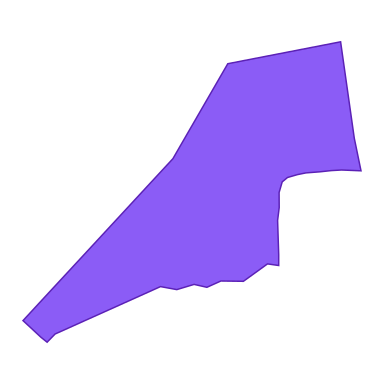 the district of Al-Arbiin, As Suways, Egypt
{"feature_id": "37247803B66278795403604", "entity_name": "Al-Arbiin", "entity_type": "district", "adm_level": 2, "iso_a3": "EGY", "parent_name": "Egypt", "parent_adm1": "As Suways", "projection": "natural_earth1", "projection_center": [32.54, 29.979], "detail": "fine", "context": "isolated", "style": "filled", "palette": "violet", "viewbox_px": 384, "rotation_deg": 0, "n_neighbors": 0, "source": "geoboundaries", "source_scale": "gbopen_adm2", "svg_char_len": 520}
<svg xmlns="http://www.w3.org/2000/svg" viewBox="0 0 384 384"><path d="M361.0,170.8L354.3,138.3L340.6,41.8L227.8,63.7L180.0,146.4L172.9,158.7L147.7,185.9L91.9,246.2L38.8,303.5L23.0,320.6L41.1,337.4L47.1,342.2L55.1,334.0L160.5,286.6L176.8,289.6L194.1,284.4L206.9,287.3L220.9,281.0L243.4,281.3L267.5,263.9L278.7,265.5L278.7,254.6L277.6,220.4L279.2,207.6L279.1,192.5L282.2,181.9L287.5,177.5L297.5,174.6L305.9,172.9L320.1,171.8L331.1,170.6L341.6,170.0L361.0,170.8Z" fill="#8b5cf6" stroke="#5b21b6" stroke-width="1.5"/></svg>